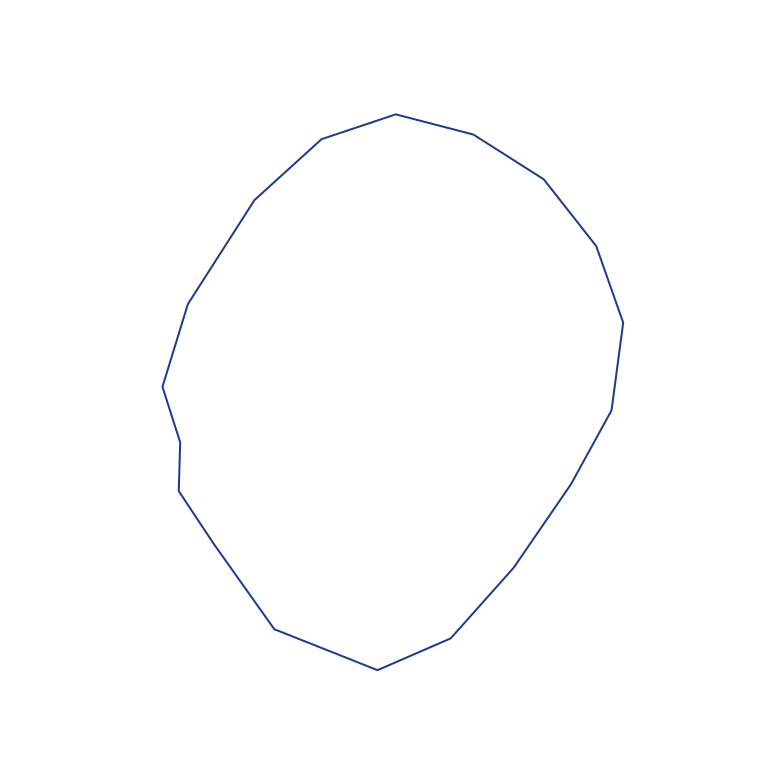 SVG path tracing the border of Bamako, rotated 39°
{"feature_id": "MLI-2792", "entity_name": "Bamako", "entity_type": "District", "adm_level": 1, "iso_a3": "MLI", "parent_name": "Mali", "parent_adm1": "", "projection": "orthographic", "projection_center": [-8.0, 12.623], "detail": "fine", "context": "isolated", "style": "outline", "palette": "blue", "viewbox_px": 768, "rotation_deg": 39, "n_neighbors": 0, "source": "natural_earth", "source_scale": "10m", "svg_char_len": 393}
<svg xmlns="http://www.w3.org/2000/svg" viewBox="0 0 768 768"><g transform="rotate(39 384 384)"><path d="M379.4,124.4L462.2,143.3L531.3,185.8L577.4,261.3L592.4,344.3L600.4,445.3L595.9,539.7L559.0,610.5L453.1,643.6L351.7,615.2L291.9,596.4L262.3,557.6L213.6,525.6L181.3,445.3L167.6,322.6L181.4,233.0L223.4,167.1L296.5,133.9L379.4,124.4Z" fill="none" stroke="#1e3a8a" stroke-width="2"/></g></svg>